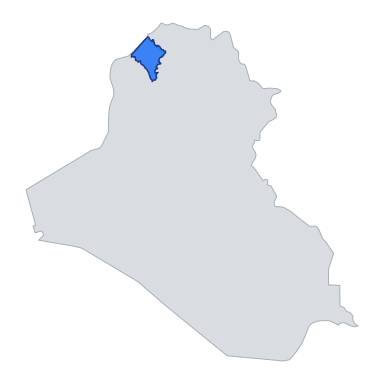 Telafar, Ninawa, Iraq (highlighted)
{"feature_id": "34846034B27680259981934", "entity_name": "Telafar", "entity_type": "district", "adm_level": 2, "iso_a3": "IRQ", "parent_name": "Iraq", "parent_adm1": "Ninawa", "projection": "mercator", "projection_center": [42.455, 36.523], "detail": "fine", "context": "in_parent", "style": "filled", "palette": "blue", "viewbox_px": 384, "rotation_deg": 0, "n_neighbors": 0, "source": "geoboundaries", "source_scale": "gbopen_adm2", "svg_char_len": 6007}
<svg xmlns="http://www.w3.org/2000/svg" viewBox="0 0 384 384"><path d="M147.8,34.3L151.1,33.4L157.2,28.3L160.8,23.5L161.9,23.0L165.1,24.6L167.4,25.1L172.7,23.2L175.9,24.2L178.5,25.4L180.0,25.5L187.1,28.5L188.9,28.8L192.5,29.2L198.0,29.4L201.5,27.4L204.0,25.5L205.7,25.6L207.4,26.0L208.9,26.8L210.1,28.3L210.6,30.3L210.4,36.7L210.9,38.4L211.9,39.6L213.1,39.8L214.6,38.4L217.2,36.4L220.4,34.2L222.8,32.2L224.1,31.4L226.3,31.5L228.4,31.9L229.5,32.8L229.6,33.1L230.7,36.2L233.5,47.4L235.1,48.8L236.9,50.0L238.2,51.7L238.7,53.4L238.5,56.0L238.6,59.0L239.3,61.3L240.4,63.1L241.3,63.9L242.8,64.0L244.5,64.4L245.7,66.2L249.4,78.9L249.8,80.5L251.4,81.0L254.0,80.8L256.6,82.1L259.4,84.2L262.1,88.0L263.9,88.6L269.5,88.1L277.2,88.7L280.8,90.7L280.4,91.9L277.6,93.3L272.8,94.9L271.3,97.6L270.5,101.1L270.7,103.1L271.9,105.2L275.3,109.5L275.5,111.1L276.1,113.2L276.7,114.7L276.0,117.6L272.9,119.6L268.8,121.7L260.6,131.2L259.9,133.3L260.0,138.9L259.2,140.5L256.6,140.5L254.5,140.2L254.4,142.2L253.1,144.8L252.4,147.1L255.4,152.4L256.0,155.3L255.5,157.9L252.7,162.3L251.0,165.3L251.4,166.0L253.6,167.2L260.4,176.9L262.6,180.3L265.5,179.5L266.5,179.5L267.4,180.1L267.9,181.2L267.9,182.7L267.2,184.9L270.8,185.8L272.2,188.0L276.4,195.5L276.3,197.8L274.2,201.3L274.2,203.7L274.7,205.8L275.3,206.6L281.6,206.9L284.3,207.7L290.9,211.6L298.3,217.5L304.4,222.3L309.6,226.4L315.2,226.1L316.7,226.8L318.1,228.1L319.7,231.5L322.9,239.1L325.6,241.6L329.7,247.7L333.7,253.4L331.1,261.1L328.5,269.1L328.5,279.4L328.5,284.9L333.9,285.1L339.8,285.4L339.8,292.0L339.9,298.6L339.9,306.1L341.7,306.4L344.4,308.0L345.6,310.4L347.1,311.8L348.9,312.0L350.7,313.2L352.4,315.4L353.1,317.0L352.6,318.1L353.0,320.1L354.2,322.9L355.7,324.3L358.0,325.9L354.9,326.8L351.5,326.1L344.2,322.8L341.9,322.7L338.8,324.0L338.7,325.1L331.1,321.4L328.3,320.6L327.3,320.6L323.0,320.6L316.7,321.3L313.0,322.8L310.5,324.4L309.3,325.9L308.9,326.8L306.9,331.3L304.6,337.2L302.3,342.5L297.6,349.9L295.1,353.3L289.5,359.7L283.6,361.0L269.8,359.7L254.5,358.3L239.2,356.9L227.9,355.9L227.0,355.6L215.8,346.5L206.9,339.3L195.9,330.3L184.6,321.1L173.1,311.7L164.7,304.9L154.6,296.1L145.4,288.1L138.1,281.8L128.8,276.2L121.5,271.9L110.9,265.5L102.4,260.5L95.1,256.1L83.9,249.4L80.2,247.6L68.6,245.3L57.6,243.4L46.2,241.5L38.6,240.1L43.6,235.3L42.1,231.0L38.5,231.8L35.1,232.9L33.1,226.2L35.7,225.3L33.3,216.5L30.8,207.5L28.4,198.7L26.0,189.7L35.6,184.0L42.8,179.6L52.9,173.6L62.6,167.7L71.8,162.2L82.0,156.0L91.1,150.5L99.4,148.2L101.2,146.5L105.0,138.9L108.3,132.5L108.4,131.0L108.4,121.8L109.0,110.9L110.1,105.1L111.9,100.0L113.7,96.2L113.8,92.7L113.6,89.1L111.8,83.7L110.0,78.1L110.2,72.6L110.5,69.7L111.7,65.0L113.7,61.6L115.8,59.5L123.7,57.3L128.4,56.0L134.7,49.9L138.5,46.3L143.7,40.6L147.5,36.3L147.8,34.9L147.8,34.3Z" fill="#d9dde1" stroke="#a8b0b8" stroke-width="1"/><path d="M155.1,80.1L155.2,79.7L155.3,79.4L155.6,79.1L155.9,78.8L156.2,78.6L156.3,78.4L156.6,77.9L156.6,77.7L156.6,77.3L156.5,76.6L156.4,76.4L156.1,76.1L156.1,75.0L156.1,74.8L156.2,74.6L156.3,74.4L156.5,74.1L156.7,73.9L157.0,73.7L157.3,73.4L157.5,72.9L157.7,72.6L157.3,72.6L156.8,72.7L155.8,72.7L155.3,72.8L155.1,72.4L154.9,72.0L154.9,71.6L154.9,71.2L154.9,70.9L154.9,70.7L155.1,70.4L155.2,70.1L155.3,69.9L155.5,69.7L155.7,69.4L156.0,69.1L156.4,69.1L156.6,69.0L156.9,69.0L157.1,68.8L157.3,68.6L157.5,68.2L156.9,68.0L156.2,67.6L156.5,67.0L156.6,66.6L156.9,65.8L157.1,65.5L157.5,64.7L158.3,64.3L158.7,64.1L159.3,64.1L159.7,64.0L160.5,63.9L160.7,63.4L160.2,62.9L160.0,62.6L159.6,62.5L159.3,62.3L159.4,61.7L159.1,61.6L158.7,61.4L158.8,61.1L158.8,60.4L158.9,60.2L159.0,59.9L159.1,59.6L159.2,59.3L159.4,58.9L159.5,58.6L159.7,58.2L160.0,57.8L160.1,57.7L160.4,57.4L160.5,57.2L160.8,57.2L161.0,57.2L161.3,57.2L161.6,57.2L161.8,57.1L161.9,56.9L162.1,56.5L162.2,56.2L162.4,56.2L162.7,56.1L162.9,56.1L163.1,55.9L163.4,55.4L163.6,55.2L163.6,54.6L164.0,54.2L164.5,53.8L164.8,53.5L165.3,53.2L165.5,52.8L165.5,52.4L165.5,51.8L165.5,51.4L165.3,51.1L164.1,51.1L163.8,51.0L163.6,50.8L163.5,50.3L163.4,49.9L163.1,49.9L162.7,49.8L162.0,49.8L161.7,49.6L161.4,49.3L161.1,48.6L160.9,48.4L160.7,48.3L160.5,48.1L160.3,48.1L160.2,48.0L160.1,47.5L159.9,46.8L159.2,46.3L158.8,45.9L158.6,45.8L158.3,45.6L158.2,45.6L157.9,45.5L157.2,45.5L157.1,45.9L157.1,46.4L157.1,46.6L156.9,46.6L156.7,46.7L156.3,46.2L156.2,46.0L156.0,45.7L155.5,45.1L154.8,44.7L154.4,44.3L154.4,43.1L154.3,42.7L154.0,42.0L153.8,41.6L153.7,41.2L153.7,40.8L153.6,40.5L153.4,39.9L152.7,39.8L152.7,40.4L152.5,41.1L152.3,41.5L151.9,41.3L151.0,40.6L150.7,40.2L150.2,40.0L149.7,39.4L149.3,38.6L149.1,38.2L148.9,37.8L148.7,37.4L148.3,37.1L147.9,36.8L145.2,39.6L144.0,40.7L143.5,41.3L143.0,41.9L142.3,42.7L141.7,43.5L141.3,43.9L140.5,44.6L140.2,44.9L139.5,45.8L138.7,46.8L137.5,48.1L136.5,49.3L135.2,50.8L134.4,51.7L133.6,52.7L132.4,53.8L131.4,54.7L131.6,55.4L131.6,55.5L131.7,56.1L131.7,56.3L131.4,56.6L131.4,56.9L131.5,57.0L131.9,56.8L132.1,56.8L132.3,56.6L132.5,56.6L133.1,56.7L133.5,56.9L133.5,56.7L133.8,56.6L134.1,56.9L134.3,57.0L134.6,56.9L135.0,56.9L135.0,57.1L135.1,57.3L135.2,57.6L135.3,57.8L135.3,58.0L135.5,58.6L135.6,58.8L135.5,59.2L135.5,59.4L135.5,59.7L135.5,60.1L135.6,60.3L135.8,60.4L136.4,60.6L136.6,60.7L137.2,60.9L137.5,61.0L137.9,61.2L138.0,61.4L138.1,61.6L138.1,62.0L138.5,62.0L138.6,61.9L139.2,61.5L139.8,61.1L140.1,61.0L140.4,61.4L140.5,61.6L140.4,61.9L140.5,62.3L140.5,62.7L140.5,62.9L140.6,63.1L140.9,63.5L141.3,64.0L141.7,64.4L142.0,64.8L142.3,64.9L142.8,64.9L143.1,65.0L143.4,65.3L143.8,65.9L144.4,66.7L144.5,66.8L144.7,67.2L144.9,67.4L145.1,68.0L145.3,68.2L145.5,68.5L146.2,68.9L146.4,69.0L146.6,69.2L146.7,69.4L147.0,69.7L147.2,70.1L147.4,70.5L147.5,70.6L147.6,71.0L148.0,71.7L148.7,72.7L148.9,73.1L149.1,74.0L149.2,74.7L149.3,75.1L149.5,75.5L149.7,76.3L149.9,76.7L150.7,78.9L150.9,79.0L151.1,79.1L151.4,79.4L151.6,79.6L151.7,79.8L151.9,80.1L152.1,80.4L152.2,80.8L152.3,81.3L152.8,80.8L153.4,80.4L153.9,80.1L154.1,80.0L154.6,79.9L154.7,80.0L154.8,80.0L155.1,80.1L155.1,80.1Z" fill="#3b82f6" stroke="#1e3a8a" stroke-width="1.5"/></svg>